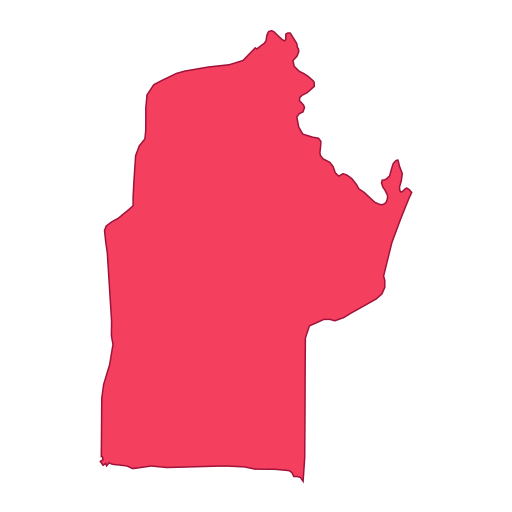 Konobo, Grand Gedeh, Liberia (Natural Earth projection)
{"feature_id": "62588387B20671280647544", "entity_name": "Konobo", "entity_type": "district", "adm_level": 2, "iso_a3": "LBR", "parent_name": "Liberia", "parent_adm1": "Grand Gedeh", "projection": "natural_earth1", "projection_center": [-7.832, 5.841], "detail": "fine", "context": "isolated", "style": "filled", "palette": "rose", "viewbox_px": 512, "rotation_deg": 0, "n_neighbors": 0, "source": "geoboundaries", "source_scale": "gbopen_adm2", "svg_char_len": 2353}
<svg xmlns="http://www.w3.org/2000/svg" viewBox="0 0 512 512"><path d="M293.8,476.5L296.5,476.5L300.2,477.2L303.1,481.3L304.7,457.8L305.0,412.7L305.1,379.7L305.2,361.3L305.4,338.0L309.4,325.9L312.6,324.5L323.9,319.4L330.0,319.4L334.8,320.8L343.7,317.6L350.5,313.4L376.3,298.9L382.0,293.8L384.0,289.2L384.8,287.3L384.8,280.3L383.6,276.0L391.8,242.9L393.9,237.1L400.9,218.3L408.6,199.2L411.7,192.4L409.1,189.5L406.6,188.0L404.7,189.2L403.1,191.0L401.1,192.1L399.8,190.5L399.5,187.1L401.3,180.8L402.3,173.6L399.3,165.7L398.3,161.1L397.8,160.0L395.9,160.6L393.2,163.6L391.6,168.6L389.6,175.9L386.3,179.0L384.2,180.0L382.2,180.1L381.5,183.0L382.8,186.9L385.2,190.6L387.6,195.7L387.3,199.3L385.8,202.8L383.1,204.5L380.2,204.6L374.8,202.3L369.5,197.4L364.3,192.5L358.8,188.8L356.6,184.7L352.1,178.9L349.2,176.7L347.0,175.1L343.0,173.7L341.7,174.5L338.7,176.1L335.3,172.8L333.0,166.4L329.8,162.3L323.0,158.8L320.4,155.5L319.9,152.7L320.6,146.6L320.9,141.4L318.5,138.2L312.7,137.2L302.8,134.1L298.7,127.0L298.4,125.4L296.8,117.0L299.2,113.7L303.0,111.9L304.5,107.6L303.6,105.1L299.5,100.7L299.7,97.6L302.2,95.2L307.1,92.7L314.3,86.4L314.2,82.3L312.9,80.6L307.8,76.1L303.7,73.5L299.0,71.1L294.2,66.3L293.6,63.5L292.9,60.7L297.0,56.2L298.8,51.5L298.4,48.8L297.3,47.1L296.8,43.6L291.3,34.7L290.2,33.0L287.8,33.0L285.9,34.0L285.8,36.1L285.8,39.4L284.5,40.9L282.3,39.7L278.3,36.0L273.6,31.5L271.5,30.7L268.6,31.6L267.0,34.8L266.0,40.8L264.2,43.4L262.6,44.5L260.3,46.2L258.6,47.6L256.7,48.9L255.2,47.9L243.0,60.5L229.3,64.7L228.5,64.8L208.3,67.0L184.5,71.1L183.6,71.4L176.5,73.4L162.8,80.0L153.9,84.6L147.0,94.9L145.8,108.0L145.8,113.1L145.8,121.6L145.7,130.7L144.9,138.9L139.3,145.9L135.6,155.7L134.0,180.0L133.9,181.4L133.1,196.9L133.1,205.7L129.5,209.0L123.8,213.7L118.2,218.3L112.1,221.6L106.2,226.0L104.5,230.5L105.7,241.7L107.3,252.9L109.0,279.9L111.6,321.2L111.4,335.5L112.2,340.3L113.0,344.4L111.2,355.1L109.7,364.5L107.3,372.3L103.6,384.6L101.8,397.9L101.7,408.3L101.3,456.6L102.3,456.5L103.1,459.6L100.3,461.4L103.1,465.3L105.7,463.5L106.6,465.9L109.1,462.8L111.3,463.9L113.8,464.5L119.3,465.0L127.0,466.0L132.6,468.6L136.1,468.2L146.3,466.7L151.3,466.0L166.6,467.5L167.2,467.5L183.1,467.1L217.6,466.1L224.8,466.1L228.0,466.1L244.6,466.9L254.8,469.1L275.0,469.3L289.0,470.6L291.8,472.5L293.8,476.5Z" fill="#f43f5e" stroke="#9f1239" stroke-width="1.5"/></svg>